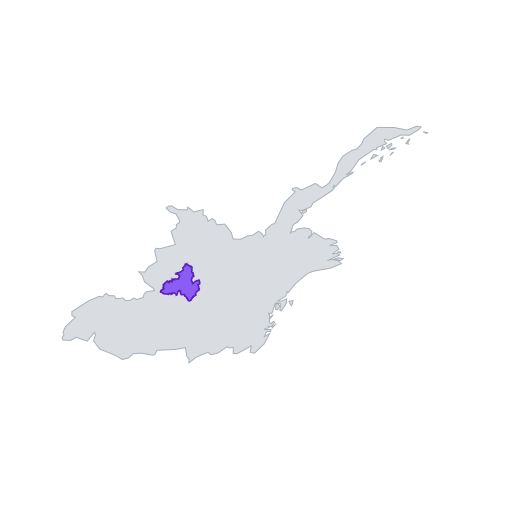 Kyaukme, Shan, Myanmar shown in context, rotated 242°
{"feature_id": "60261553B11251200769941", "entity_name": "Kyaukme", "entity_type": "district", "adm_level": 2, "iso_a3": "MMR", "parent_name": "Myanmar", "parent_adm1": "Shan", "projection": "natural_earth1", "projection_center": [97.145, 22.817], "detail": "fine", "context": "in_parent", "style": "filled", "palette": "violet", "viewbox_px": 512, "rotation_deg": 242, "n_neighbors": 0, "source": "geoboundaries", "source_scale": "gbopen_adm2", "svg_char_len": 9327}
<svg xmlns="http://www.w3.org/2000/svg" viewBox="0 0 512 512"><g transform="rotate(242 256 256)"><path d="M321.8,231.1L317.4,228.6L314.1,230.9L309.2,230.0L309.7,234.8L306.9,236.4L301.9,236.0L298.9,243.3L288.5,245.2L281.7,243.8L278.0,250.4L277.7,257.8L275.9,262.3L276.6,270.0L272.2,272.0L269.5,271.6L271.0,275.2L274.5,276.7L276.5,284.7L275.9,287.8L289.9,306.3L294.2,320.8L297.5,318.9L298.5,320.4L297.2,324.2L292.9,327.1L292.2,342.5L285.2,346.2L285.4,351.3L286.3,355.0L292.5,365.2L299.5,372.2L303.4,379.6L304.2,390.5L303.2,395.1L305.1,401.6L308.7,405.9L312.7,423.2L304.6,438.3L296.3,448.3L295.2,458.9L292.5,462.4L291.2,459.1L290.6,448.0L294.7,441.0L295.9,427.4L298.5,424.5L297.1,423.2L293.9,424.1L295.0,413.2L293.2,412.7L294.7,410.4L292.7,392.1L286.3,379.3L285.4,373.7L284.5,381.2L283.7,379.7L283.5,369.6L279.8,358.6L280.2,357.6L281.9,358.6L280.4,356.1L279.1,356.7L278.0,354.0L276.0,331.1L273.6,327.8L274.5,318.0L276.3,315.5L269.6,316.5L266.4,308.2L266.2,303.6L259.6,296.7L260.7,298.9L259.5,301.2L260.6,305.1L257.9,312.3L255.2,315.6L251.5,316.9L248.6,314.9L248.0,311.1L246.9,311.0L249.4,318.3L238.7,324.5L237.1,328.8L231.5,334.5L229.8,333.8L230.7,326.1L227.4,332.2L223.0,332.4L222.0,324.2L220.2,328.9L217.6,330.4L218.4,316.8L217.7,320.7L213.4,326.2L209.2,327.9L210.2,316.6L215.8,298.8L216.3,293.0L213.3,278.7L208.4,266.8L209.9,266.6L206.5,263.1L206.1,254.3L204.1,257.4L203.8,263.0L199.6,260.1L195.6,252.4L197.2,251.7L201.9,255.4L204.5,253.3L205.2,250.8L197.9,243.2L199.7,240.2L197.4,240.2L191.1,236.6L189.3,237.3L190.1,240.5L188.7,241.4L186.3,236.5L188.1,234.1L186.6,234.0L187.6,229.7L187.0,229.0L184.1,234.8L182.4,233.4L184.3,230.5L183.5,228.8L180.9,225.5L181.1,231.5L174.6,222.0L170.9,209.0L173.8,205.7L178.9,209.6L178.6,193.6L180.7,190.1L185.9,193.0L187.5,188.9L189.5,187.9L188.2,176.9L189.9,169.8L193.4,168.6L194.2,162.9L194.7,155.1L193.1,146.5L196.3,148.6L199.9,147.8L208.2,150.7L211.4,140.7L219.3,124.3L216.4,120.5L216.9,118.2L223.8,109.6L227.4,101.9L225.9,95.0L227.4,89.3L233.7,85.7L247.3,74.3L257.4,72.7L261.6,77.2L264.4,77.6L260.1,67.0L268.7,59.0L268.5,52.7L272.5,46.1L274.7,46.3L276.8,49.6L279.0,49.6L283.0,54.4L286.7,67.8L289.6,65.4L293.3,67.3L295.0,87.0L294.1,98.5L291.8,101.2L293.5,105.9L290.0,107.6L287.5,112.1L283.9,112.5L281.4,118.8L277.8,119.7L275.9,124.6L276.3,128.3L273.4,130.5L272.4,136.9L275.0,139.4L275.8,142.8L273.1,150.0L275.4,150.3L285.3,145.5L292.3,146.4L297.0,145.2L294.1,150.1L297.0,156.4L297.6,166.2L308.1,169.0L309.8,171.4L307.5,174.5L304.0,190.2L317.7,192.5L318.2,198.5L321.1,200.7L321.5,204.1L323.4,205.2L330.8,205.0L335.1,200.9L340.7,199.1L341.1,202.5L339.8,205.1L333.7,208.6L329.6,215.8L329.3,217.4L331.2,218.8L324.1,221.7L321.8,231.1ZM199.8,248.1L204.2,251.1L203.4,253.2L200.6,253.4L198.5,249.6L199.8,248.1ZM287.6,403.0L290.5,407.6L287.7,410.7L287.6,403.0ZM199.3,267.8L197.0,266.1L195.4,263.7L200.3,263.8L199.3,267.8ZM291.7,422.6L291.8,428.6L290.0,428.0L288.9,422.9L291.7,422.6ZM215.8,327.8L212.8,331.7L212.3,328.4L216.4,323.7L215.8,327.8ZM273.4,322.6L271.6,321.4L271.4,317.9L272.8,316.9L273.9,318.6L273.4,322.6ZM285.9,430.0L285.5,428.0L287.4,423.1L287.1,427.4L285.9,430.0ZM284.9,441.1L287.3,445.7L286.9,446.6L284.6,443.0L283.2,443.3L284.9,441.1ZM293.4,419.2L290.8,420.5L290.6,416.3L293.4,419.2ZM287.3,462.0L283.9,465.9L284.4,463.7L287.3,462.0ZM185.5,237.1L186.7,242.0L184.7,236.2L185.5,237.1ZM287.7,393.5L287.6,397.2L286.7,391.2L287.7,393.5ZM195.6,240.6L196.0,243.7L194.1,239.3L195.6,240.6ZM284.3,414.9L282.3,413.0L283.0,411.7L284.0,412.0L284.3,414.9ZM282.9,409.5L281.7,412.0L280.4,410.5L281.4,409.4L282.9,409.5ZM283.2,424.2L283.2,426.4L281.8,421.4L283.2,424.2ZM220.3,332.3L218.9,332.3L220.8,329.8L221.0,330.7L220.3,332.3ZM292.1,441.6L290.9,441.2L291.8,438.8L292.1,441.6Z" fill="#d9dde1" stroke="#a8b0b8" stroke-width="1"/><path d="M268.8,154.8L268.6,155.2L268.3,155.4L268.3,155.8L267.5,156.3L267.1,156.1L266.5,156.6L266.3,156.5L265.9,156.7L265.7,157.1L265.6,157.3L265.4,157.6L265.1,158.0L265.1,158.4L264.9,158.5L264.5,158.9L264.5,159.3L264.3,159.4L263.9,159.9L263.9,160.2L263.6,160.4L263.5,160.6L263.2,160.8L263.3,160.9L263.7,160.9L263.8,161.8L263.6,162.0L263.2,162.3L263.2,162.5L262.8,162.8L262.6,162.9L262.3,162.8L261.9,162.9L262.0,163.6L261.8,164.0L262.4,164.4L262.6,164.3L262.8,164.5L262.8,164.8L262.7,165.2L262.3,165.3L262.2,165.7L261.6,166.4L261.7,166.6L261.0,166.9L260.8,167.2L260.5,167.2L260.2,167.4L259.8,167.5L259.7,167.4L259.5,167.5L258.8,167.2L258.8,168.0L259.5,168.6L259.8,168.7L260.1,169.3L260.9,170.0L261.3,170.7L261.2,171.0L261.6,171.4L261.4,171.9L261.2,171.9L261.0,172.3L261.1,172.5L261.0,172.9L260.7,173.0L260.5,172.8L260.2,172.5L259.8,172.6L259.5,172.2L259.3,172.1L259.0,171.9L258.7,172.3L258.3,172.2L258.3,171.9L258.1,171.9L257.9,172.0L257.2,171.7L257.1,171.8L257.0,172.0L256.8,172.1L256.2,173.0L256.2,173.4L256.1,173.5L256.1,173.9L255.7,174.2L255.6,174.5L255.5,174.4L255.3,174.4L255.0,174.7L254.9,174.6L254.5,174.5L254.3,174.5L254.2,174.4L254.1,174.5L253.7,174.4L253.2,174.9L252.9,174.9L252.7,175.2L252.2,175.3L251.6,175.3L251.4,175.0L251.0,175.0L251.0,174.9L250.9,175.2L250.7,175.0L250.2,175.5L249.9,175.5L249.7,175.5L249.6,175.4L249.3,175.5L249.2,175.4L248.9,175.5L248.9,175.3L248.7,175.2L248.6,175.4L248.5,175.5L248.1,175.6L248.0,175.8L247.7,175.9L247.7,176.0L247.4,176.3L247.4,176.5L247.6,176.7L247.6,176.8L247.7,177.0L247.6,177.5L248.1,177.3L247.9,177.5L248.0,177.7L247.9,177.9L248.0,178.7L248.4,179.1L248.4,179.3L248.6,179.5L248.6,179.4L248.6,179.6L248.8,179.7L248.8,179.9L249.1,180.2L249.1,180.7L249.2,180.8L249.0,181.2L249.2,181.3L249.3,181.4L249.4,181.5L249.4,181.3L249.6,181.3L249.5,181.5L249.8,181.7L249.8,182.2L249.8,182.5L249.5,182.9L249.6,184.6L249.7,184.8L249.9,184.8L250.8,184.7L251.2,184.9L251.5,185.6L252.0,186.1L252.2,187.0L252.4,187.3L252.4,187.7L252.6,187.9L252.5,189.4L252.6,189.6L252.8,189.9L253.0,189.8L253.3,189.7L253.4,189.8L253.5,190.0L253.9,189.9L254.0,190.2L254.0,190.6L255.0,190.5L255.3,190.6L255.6,190.6L255.7,190.8L255.9,191.1L256.1,191.0L256.3,191.1L257.0,191.1L257.5,191.2L257.6,191.5L257.8,191.5L257.7,191.7L257.8,192.0L257.7,192.1L257.8,192.6L257.8,192.9L257.8,193.1L258.1,193.2L258.3,193.5L258.9,193.7L259.2,194.1L259.6,194.2L259.9,194.0L260.2,194.0L260.7,194.4L261.3,194.5L261.5,194.5L261.6,194.3L261.7,193.3L261.6,192.9L261.8,192.7L261.8,192.4L262.2,192.0L262.2,191.7L262.1,191.4L261.9,189.8L261.8,189.1L261.4,188.1L261.4,187.4L261.4,187.0L261.8,187.0L262.3,187.4L262.9,187.6L263.4,187.3L263.7,187.3L264.1,187.6L264.5,187.6L265.1,187.4L265.4,187.6L266.0,188.4L265.9,188.7L266.0,188.9L266.1,189.0L266.6,189.0L267.0,189.3L267.2,189.7L267.1,190.6L267.1,191.4L267.6,191.8L268.5,191.4L268.8,191.5L269.2,191.4L269.5,191.9L269.5,192.3L270.3,192.5L270.6,192.3L270.8,192.5L271.0,192.5L271.0,192.2L271.3,191.6L271.7,191.6L272.0,191.7L272.4,191.7L273.0,192.1L273.0,192.3L273.2,192.7L274.3,192.8L274.4,193.1L274.5,193.2L274.7,193.5L275.0,193.7L275.2,194.1L275.2,193.9L275.4,193.9L275.6,194.0L275.8,194.1L276.1,194.2L276.3,194.1L276.5,194.2L276.7,193.9L277.0,193.8L276.8,193.4L277.1,193.7L277.4,193.7L277.2,193.2L277.4,193.1L277.6,192.7L277.8,192.7L278.0,193.0L278.7,192.8L279.4,191.9L279.5,192.0L279.7,191.8L279.8,191.8L280.2,191.7L280.5,191.7L280.9,191.3L281.1,191.4L281.4,191.3L281.7,190.8L281.8,190.4L281.7,190.4L281.7,190.5L281.3,190.0L281.4,189.9L281.5,189.7L281.5,189.8L281.7,189.7L281.4,189.5L281.5,189.4L281.6,189.5L281.7,189.4L281.4,189.1L281.2,189.4L281.2,189.1L281.0,188.8L280.9,188.9L280.7,188.7L280.6,188.4L280.6,187.5L280.1,186.9L280.0,186.7L280.1,186.3L280.0,185.9L279.6,186.0L279.2,185.6L278.7,185.6L278.3,185.4L277.6,185.0L277.6,184.9L277.6,183.8L277.5,183.1L277.3,182.7L277.3,182.4L277.4,182.2L277.4,181.9L277.5,181.4L277.4,181.3L277.3,180.8L277.9,179.5L277.9,179.0L278.1,178.6L278.1,178.3L278.3,177.3L277.7,177.0L277.7,176.7L277.5,176.8L277.4,177.0L277.4,177.4L277.3,177.5L277.2,177.7L276.8,178.2L276.7,178.2L276.7,178.3L276.3,178.8L276.1,178.9L275.9,179.0L275.8,178.8L274.8,178.8L274.7,178.9L274.7,179.1L273.9,179.2L273.7,179.0L273.5,178.3L273.3,178.3L273.3,177.7L272.4,177.2L272.2,177.0L272.3,176.7L272.2,176.6L272.4,176.5L272.8,175.8L272.8,175.6L272.5,175.5L272.5,175.3L273.2,174.6L273.5,174.2L274.0,173.7L273.9,173.5L273.9,173.3L273.8,173.1L273.5,172.8L273.7,172.6L273.8,172.6L273.7,172.7L273.9,172.7L274.1,172.5L274.0,172.4L273.9,172.4L273.9,172.2L274.0,172.2L274.2,171.9L274.2,171.6L274.3,171.6L274.3,171.3L274.5,171.3L274.5,171.2L274.3,171.2L274.4,170.8L274.6,170.8L274.2,170.5L273.8,170.9L273.3,170.9L273.2,170.8L273.2,170.6L273.3,170.4L273.2,170.2L272.9,170.1L272.7,169.8L272.7,169.4L273.6,169.4L273.7,168.6L274.2,168.4L274.5,168.5L274.5,168.4L274.5,167.6L274.3,167.4L274.2,167.5L273.9,167.4L273.7,166.9L273.4,166.9L273.2,166.6L273.5,166.4L273.8,166.4L274.1,166.2L274.6,166.3L274.7,166.0L274.9,165.9L275.1,165.9L275.0,166.3L275.3,166.2L275.3,165.9L275.6,165.8L275.6,165.7L275.4,165.6L275.3,165.4L275.3,164.5L274.9,164.4L274.7,164.0L274.8,163.4L275.0,163.0L274.9,162.8L274.7,162.9L274.6,162.0L274.3,162.0L274.0,161.6L274.0,161.1L274.2,160.8L274.0,160.7L273.8,160.3L273.3,160.4L273.0,160.2L272.4,160.2L272.2,159.9L272.2,159.7L271.7,159.5L271.6,159.1L271.2,159.5L270.4,159.5L270.5,159.1L270.7,158.7L270.1,158.4L270.0,158.1L270.2,157.2L270.4,157.0L270.4,156.7L270.2,156.5L270.2,156.3L270.0,156.2L270.1,155.8L270.1,155.6L269.4,155.0L269.1,155.0L268.8,154.8Z" fill="#8b5cf6" stroke="#5b21b6" stroke-width="1.5"/></g></svg>